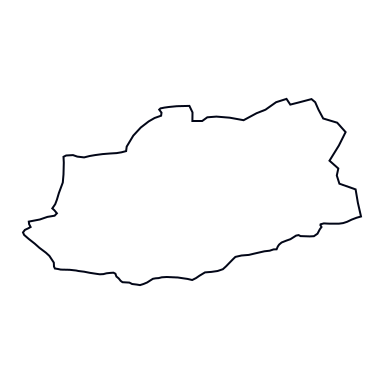 outline of Vallentuna, Stockholm, Sweden
{"feature_id": "70781695B12821480851485", "entity_name": "Vallentuna", "entity_type": "district", "adm_level": 2, "iso_a3": "SWE", "parent_name": "Sweden", "parent_adm1": "Stockholm", "projection": "equal_earth", "projection_center": [18.204, 59.607], "detail": "fine", "context": "isolated", "style": "outline", "palette": "ink", "viewbox_px": 384, "rotation_deg": 0, "n_neighbors": 0, "source": "geoboundaries", "source_scale": "gbopen_adm2", "svg_char_len": 1941}
<svg xmlns="http://www.w3.org/2000/svg" viewBox="0 0 384 384"><path d="M189.4,105.9L176.9,106.2L168.7,107.0L164.4,107.6L160.5,108.4L159.2,109.6L161.5,112.7L161.1,115.7L154.6,118.0L148.7,121.4L140.8,127.5L133.3,135.6L126.7,146.6L126.1,151.1L121.5,152.3L116.6,153.1L110.0,153.5L102.5,154.1L95.0,155.1L89.7,156.0L84.1,157.4L77.3,156.6L73.0,155.1L66.1,155.5L63.5,156.8L63.8,162.6L63.5,174.4L62.8,182.5L58.9,193.0L56.9,199.7L55.2,204.2L52.3,208.4L54.3,210.2L56.9,213.3L54.6,215.7L47.4,216.9L39.8,219.5L28.8,221.6L29.1,224.1L30.6,227.0L28.1,228.4L24.9,229.9L23.0,232.4L24.1,234.9L28.7,238.9L34.8,243.7L39.4,247.8L45.9,252.7L49.4,255.9L53.8,262.6L54.0,266.6L54.7,268.0L54.9,268.5L58.0,269.0L60.8,269.6L69.6,269.8L76.1,270.5L78.4,271.0L84.1,271.7L89.7,272.8L95.6,273.7L99.8,274.3L103.4,274.1L106.5,273.3L110.3,272.9L113.5,272.7L115.4,273.7L116.4,276.5L118.7,278.4L120.6,280.8L122.5,282.2L129.4,282.6L132.1,284.0L137.0,284.6L140.0,285.1L143.5,284.0L147.1,282.5L149.6,280.9L152.9,278.8L155.7,278.3L158.6,278.1L161.8,277.3L166.8,277.0L177.9,277.5L183.2,278.3L187.4,278.9L192.2,280.0L196.0,278.1L199.5,275.7L205.0,272.4L211.3,271.9L217.6,271.0L222.9,269.2L226.2,266.2L228.9,263.4L232.9,259.3L235.4,256.9L241.5,255.5L248.9,254.9L254.3,253.6L264.4,251.3L269.7,250.7L273.6,249.4L276.6,249.3L277.8,246.5L279.1,244.6L281.6,242.5L286.4,240.6L290.4,239.2L293.1,237.5L296.1,235.6L298.6,235.1L300.5,236.1L309.7,236.4L313.9,236.2L317.5,233.7L319.8,229.3L321.5,227.0L320.4,225.1L320.6,224.3L323.8,223.4L329.9,223.7L338.7,223.7L343.1,223.1L347.1,221.8L351.7,219.6L356.7,217.7L361.0,216.5L357.9,202.9L355.6,189.4L339.4,183.7L336.8,175.5L338.3,168.5L329.5,160.7L338.9,145.5L345.6,132.1L337.2,122.7L323.2,118.5L318.5,109.7L315.2,102.2L311.5,99.1L298.2,102.6L290.3,104.6L286.5,98.9L276.1,102.2L265.5,109.7L256.6,113.2L243.6,120.2L229.8,117.7L216.4,116.6L207.3,117.3L202.2,121.0L192.4,121.0L192.5,112.4L189.4,105.9Z" fill="none" stroke="#020617" stroke-width="2"/></svg>